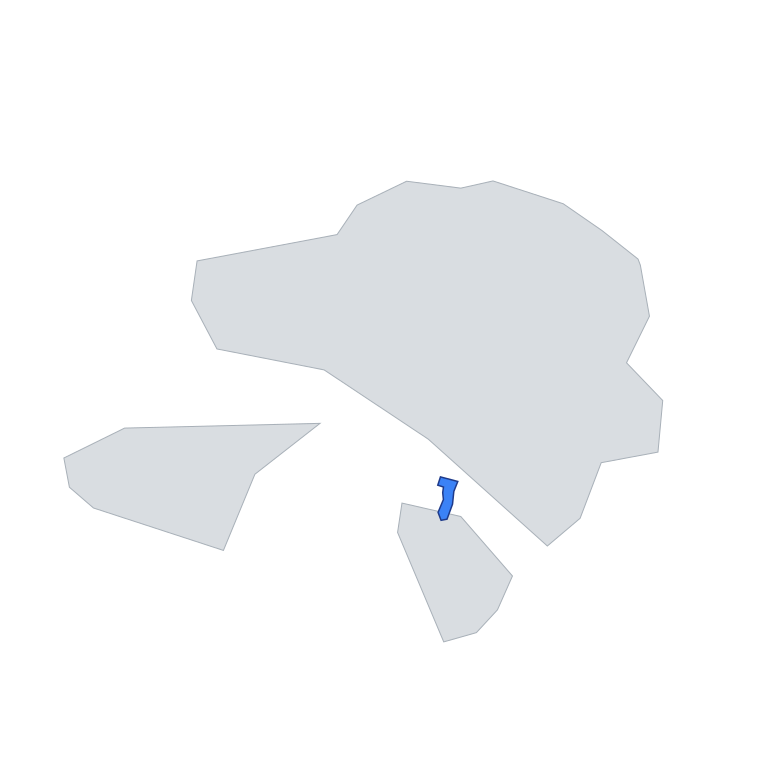 Yau Tsim Mong on a map of Hong Kong S.A.R. (orthographic projection), rotated 18°
{"feature_id": "HKG-5157", "entity_name": "Yau Tsim Mong", "entity_type": "state/province", "adm_level": 1, "iso_a3": "HKG", "parent_name": "Hong Kong S.A.R.", "parent_adm1": "", "projection": "orthographic", "projection_center": [114.17, 22.306], "detail": "fine", "context": "in_parent", "style": "filled", "palette": "blue", "viewbox_px": 768, "rotation_deg": 18, "n_neighbors": 0, "source": "natural_earth", "source_scale": "10m", "svg_char_len": 846}
<svg xmlns="http://www.w3.org/2000/svg" viewBox="0 0 768 768"><g transform="rotate(18 384 384)"><path d="M303.1,222.2L306.3,219.1L342.8,184.2L396.5,174.0L424.9,157.2L498.8,157.2L544.2,170.8L587.0,186.7L591.1,191.8L615.5,237.5L608.1,288.9L654.2,313.6L665.6,364.1L614.9,391.7L612.0,451.1L589.4,487.6L443.2,422.8L322.7,389.1L214.3,402.3L175.0,364.1L168.2,324.7L293.2,256.4L303.1,222.2ZM282.7,591.9L146.0,591.7L116.7,579.4L102.4,553.3L150.9,506.1L335.3,441.2L289.1,509.7L282.7,591.9ZM548.7,591.9L520.5,610.8L442.8,521.0L437.9,491.7L498.0,486.3L565.5,526.9L561.7,563.7L548.7,591.9Z" fill="#d9dde1" stroke="#a8b0b8" stroke-width="1"/><path d="M485.7,493.1L480.4,496.0L475.1,489.4L476.2,475.5L473.4,469.2L472.4,463.6L466.4,463.6L466.4,454.9L484.3,453.9L483.6,464.6L486.3,477.1L485.7,493.1Z" fill="#3b82f6" stroke="#1e3a8a" stroke-width="1.5"/></g></svg>